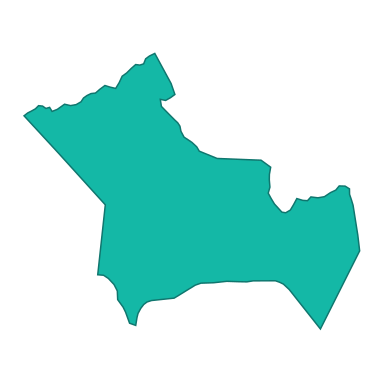 outline of Jacaraú, Paraíba, Brazil, rotated 179°
{"feature_id": "56859067B40843060287877", "entity_name": "Jacaraú", "entity_type": "district", "adm_level": 2, "iso_a3": "BRA", "parent_name": "Brazil", "parent_adm1": "Paraíba", "projection": "natural_earth1", "projection_center": [-35.265, -6.604], "detail": "fine", "context": "isolated", "style": "filled", "palette": "teal", "viewbox_px": 384, "rotation_deg": 179, "n_neighbors": 0, "source": "geoboundaries", "source_scale": "gbopen_adm2", "svg_char_len": 1473}
<svg xmlns="http://www.w3.org/2000/svg" viewBox="0 0 384 384"><g transform="rotate(179 192 192)"><path d="M96.5,92.8L66.0,52.8L51.2,81.0L25.4,130.2L27.0,146.1L31.2,176.0L32.8,181.6L34.5,186.9L34.5,192.4L38.8,195.2L44.7,195.5L48.2,191.4L53.5,189.0L59.7,185.0L66.2,184.0L73.2,185.0L76.7,181.3L81.4,181.7L87.3,183.6L90.7,177.5L94.0,172.2L98.7,169.6L102.5,170.3L105.4,173.6L109.8,178.6L113.1,184.3L115.8,189.5L114.0,195.5L114.5,202.8L114.3,208.3L112.9,215.4L122.4,222.6L129.9,223.0L166.3,225.1L184.0,232.7L186.5,237.1L191.2,241.6L199.0,247.0L202.0,252.9L202.9,258.0L205.1,261.5L208.3,264.6L212.9,269.4L218.0,274.8L221.1,278.1L222.1,285.2L216.8,284.0L211.8,286.7L207.4,289.8L211.0,300.8L226.8,331.2L232.2,328.7L236.0,326.0L238.1,321.0L241.9,319.8L246.1,320.4L250.6,316.6L255.3,312.1L259.8,309.0L262.9,302.6L266.5,296.9L272.1,298.3L277.2,300.0L282.5,296.2L286.8,292.6L291.2,292.2L295.3,290.3L298.8,287.9L301.4,284.1L306.3,281.4L311.9,280.5L317.9,282.0L325.2,277.0L330.5,275.0L332.9,279.1L336.6,278.1L339.9,280.5L343.9,281.0L347.1,277.9L351.0,275.8L354.9,273.9L358.6,271.1L325.1,233.5L278.9,180.7L287.7,110.9L281.9,110.3L277.2,107.1L271.6,100.9L268.4,94.4L268.2,85.7L262.9,78.1L260.5,73.0L256.7,61.9L250.6,59.6L249.2,67.4L248.1,71.5L245.3,76.5L242.2,80.4L238.9,82.8L234.4,84.2L211.7,86.2L190.4,98.8L184.6,100.7L171.9,100.9L158.8,102.1L146.9,101.5L138.7,101.2L132.3,102.1L110.2,101.8L105.9,100.2L102.2,98.3L96.5,92.8Z" fill="#14b8a6" stroke="#0f766e" stroke-width="1.5"/></g></svg>